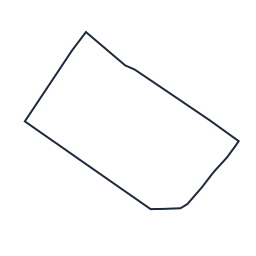 outline of Prampir Meakkakra, Phnom Penh, Cambodia, rotated 311°
{"feature_id": "14789045B12201712082665", "entity_name": "Prampir Meakkakra", "entity_type": "district", "adm_level": 2, "iso_a3": "KHM", "parent_name": "Cambodia", "parent_adm1": "Phnom Penh", "projection": "equal_earth", "projection_center": [104.914, 11.564], "detail": "fine", "context": "isolated", "style": "outline", "palette": "slate", "viewbox_px": 256, "rotation_deg": 311, "n_neighbors": 0, "source": "geoboundaries", "source_scale": "gbopen_adm2", "svg_char_len": 416}
<svg xmlns="http://www.w3.org/2000/svg" viewBox="0 0 256 256"><g transform="rotate(311 128 128)"><path d="M190.7,220.2L187.5,185.5L182.6,144.6L176.5,94.8L173.4,84.7L172.8,33.3L149.8,34.9L65.3,45.8L68.7,77.8L69.8,87.6L72.3,111.6L78.0,164.8L81.6,198.2L89.7,207.3L101.8,220.2L109.4,222.7L131.6,222.7L149.2,221.6L154.2,221.6L170.7,222.0L184.3,220.9L190.7,220.2Z" fill="none" stroke="#1e293b" stroke-width="2"/></g></svg>